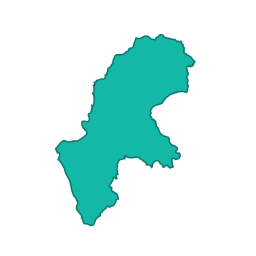 Pasaman, Sumatera Barat, Indonesia, rotated 224°
{"feature_id": "22746128B82897046958257", "entity_name": "Pasaman", "entity_type": "district", "adm_level": 2, "iso_a3": "IDN", "parent_name": "Indonesia", "parent_adm1": "Sumatera Barat", "projection": "mercator", "projection_center": [100.034, 0.4], "detail": "fine", "context": "isolated", "style": "filled", "palette": "teal", "viewbox_px": 256, "rotation_deg": 224, "n_neighbors": 0, "source": "geoboundaries", "source_scale": "gbopen_adm2", "svg_char_len": 5880}
<svg xmlns="http://www.w3.org/2000/svg" viewBox="0 0 256 256"><g transform="rotate(224 128 128)"><path d="M170.4,213.0L170.5,212.4L169.8,211.3L169.5,210.6L169.9,210.0L171.3,209.6L172.3,208.4L172.9,208.1L175.6,208.1L176.5,207.9L177.7,207.5L179.0,206.6L180.1,205.1L181.3,200.8L182.8,199.4L184.2,198.8L184.7,197.8L183.3,195.9L182.7,193.7L180.8,190.3L180.4,189.0L182.2,186.2L182.1,185.2L181.4,184.4L181.4,183.8L181.4,183.0L182.1,182.1L182.2,181.4L182.1,179.5L182.8,177.8L182.9,176.9L183.1,176.6L183.6,176.4L185.2,174.5L186.0,173.9L187.0,172.8L187.4,171.8L187.4,170.9L185.6,166.1L184.5,165.0L183.8,163.3L183.7,161.7L183.1,160.3L183.6,156.8L182.2,154.7L181.1,152.6L180.4,152.5L181.0,150.6L181.2,150.2L180.4,149.9L179.1,147.5L179.3,146.4L181.3,144.6L183.0,141.1L183.6,140.5L183.6,140.1L182.9,139.3L182.8,139.0L183.7,137.9L183.9,137.3L182.6,136.8L182.1,136.3L181.9,135.6L182.5,135.0L182.4,134.5L181.2,134.3L180.8,133.6L180.0,133.0L179.6,132.3L178.8,131.9L177.9,131.0L177.6,130.4L177.5,128.6L176.3,127.9L175.9,127.9L175.3,128.3L174.8,127.3L174.4,126.9L173.8,126.8L173.1,126.1L169.3,121.7L168.9,121.0L168.6,119.8L168.8,119.2L169.6,119.2L167.6,117.1L167.2,116.4L166.8,115.4L166.4,115.1L166.2,114.5L165.4,113.7L165.2,113.3L165.1,112.6L165.3,112.3L165.5,112.5L165.6,112.3L165.7,111.8L166.1,111.2L166.0,110.2L165.2,109.5L163.7,108.9L162.9,108.2L162.0,107.9L161.1,106.2L160.9,105.3L161.0,104.4L161.9,104.0L163.6,103.0L165.2,101.5L165.3,100.5L164.6,99.5L162.6,97.8L160.9,97.1L159.6,96.9L158.7,97.1L157.8,96.7L157.4,97.1L156.8,97.1L156.2,96.7L154.7,96.5L153.9,95.6L153.2,94.0L153.6,90.9L154.1,88.9L154.6,85.6L155.2,83.7L156.4,82.4L157.0,82.0L157.8,80.9L158.1,80.9L158.1,80.4L158.4,80.4L160.9,76.5L165.2,74.6L165.8,73.4L166.2,70.5L165.6,64.4L165.6,62.9L164.1,62.1L162.5,61.8L161.5,61.0L161.2,61.2L160.4,62.4L160.0,62.4L159.2,61.9L157.9,60.6L156.5,56.9L151.9,56.7L145.3,54.6L142.1,52.5L133.3,49.6L130.9,48.2L125.5,44.4L120.7,41.9L119.1,41.3L118.6,41.6L118.0,41.7L116.4,41.1L115.2,40.9L114.1,40.0L113.5,40.3L112.4,39.9L111.1,38.1L111.1,37.1L110.8,36.3L109.3,34.3L107.2,33.6L101.1,32.8L99.3,32.0L99.3,31.6L98.9,31.0L97.7,30.9L95.6,29.9L95.1,29.3L93.6,28.8L92.4,29.1L90.8,30.9L89.8,30.9L89.2,31.3L87.6,31.6L86.3,32.8L85.7,34.1L85.6,34.6L86.1,35.9L87.7,39.8L87.7,43.1L87.0,45.7L87.1,45.9L88.0,46.5L88.4,47.0L88.6,48.3L88.2,50.3L88.8,51.5L88.6,52.5L88.1,53.7L88.4,54.5L88.2,55.2L88.7,55.9L88.5,57.2L88.1,57.7L86.4,58.1L86.2,58.5L86.3,59.3L85.6,60.7L84.7,61.6L84.6,62.3L85.4,66.2L86.5,67.6L86.3,69.1L85.7,70.1L88.8,72.3L90.0,72.7L91.2,72.6L92.8,72.2L96.3,71.6L97.0,71.9L97.8,73.4L98.4,73.9L98.7,73.9L100.1,73.1L100.8,73.1L101.4,73.3L101.5,73.6L101.8,76.4L102.4,78.2L102.3,79.2L103.2,80.4L103.4,81.3L104.1,82.5L104.1,82.8L101.1,83.2L100.9,83.7L101.1,84.0L102.3,84.7L103.7,85.9L103.2,87.4L103.2,87.8L104.5,88.1L104.8,88.3L104.9,89.1L105.2,89.4L107.1,90.3L108.6,92.2L109.3,93.5L110.9,94.8L111.1,96.6L111.8,97.5L111.9,97.8L111.8,99.5L110.9,100.8L110.2,102.4L109.0,103.7L109.3,104.4L110.8,105.3L111.1,105.8L110.5,105.9L110.0,106.4L108.2,106.5L106.3,107.8L104.6,109.2L104.1,109.9L103.1,110.8L102.6,112.0L100.7,113.8L100.0,114.2L99.1,114.3L97.8,114.2L96.6,114.8L95.7,115.0L94.5,114.6L93.4,115.3L92.0,115.3L91.2,115.6L90.8,115.5L89.3,114.3L86.8,116.5L83.6,116.2L83.8,117.0L85.4,119.4L85.6,120.0L85.6,122.5L84.6,124.7L83.9,125.2L82.6,125.4L80.2,124.8L79.6,124.9L79.1,125.4L78.6,125.6L76.6,124.5L75.4,124.3L75.1,124.4L75.0,124.9L75.0,126.4L74.8,127.4L74.6,127.7L73.7,128.2L71.3,128.3L69.9,128.5L69.4,130.0L68.6,130.8L68.6,131.5L69.2,131.9L69.9,132.1L72.2,133.8L73.4,134.4L73.7,134.6L73.8,135.3L74.4,135.8L75.1,136.1L74.8,137.2L74.3,137.9L71.9,138.5L71.6,138.7L71.0,140.1L70.6,140.5L70.3,141.3L70.8,143.6L71.1,144.2L72.1,144.9L73.4,145.6L73.9,145.4L75.3,144.0L76.1,143.5L77.1,143.5L77.4,143.9L77.6,146.3L77.8,147.2L78.7,147.9L81.7,147.6L83.9,146.7L84.5,146.0L85.4,146.3L86.1,146.2L89.0,147.0L90.0,147.9L90.4,148.7L91.3,149.1L92.7,149.2L93.9,148.5L95.1,148.1L95.4,147.7L97.9,146.7L101.8,146.7L102.9,147.4L104.6,147.8L104.8,148.1L105.6,148.3L105.7,148.8L106.5,148.9L107.5,148.8L108.0,149.1L109.2,149.1L110.0,150.1L110.9,150.1L110.8,150.4L111.5,150.5L111.6,151.0L112.4,151.2L112.5,151.9L114.7,151.8L115.1,152.0L116.3,151.0L116.8,150.9L117.2,151.4L118.4,152.0L121.2,152.4L121.2,153.0L121.6,153.9L121.7,154.9L122.2,155.0L123.0,155.4L123.4,155.9L124.0,156.0L124.6,158.4L124.7,160.1L124.5,161.9L123.6,164.2L121.4,167.8L120.8,169.5L121.1,171.7L121.5,173.0L121.4,174.3L121.9,175.8L121.9,176.4L121.3,177.9L121.1,180.6L120.8,181.4L120.0,183.5L119.2,184.4L118.7,186.2L118.4,186.8L118.0,186.8L117.9,187.3L117.6,187.4L117.4,188.7L117.6,188.8L117.0,189.1L116.1,189.8L115.2,191.1L115.1,191.6L113.8,192.3L112.2,193.5L110.8,194.0L110.7,194.5L111.2,196.2L112.2,197.1L112.3,197.6L113.0,198.4L114.0,200.3L114.9,200.3L115.5,200.7L116.8,202.2L117.9,203.8L118.3,204.2L119.3,204.7L120.0,204.7L120.8,204.9L121.7,206.6L121.7,207.6L122.7,209.1L123.0,209.3L123.7,209.2L125.8,210.9L126.6,211.0L126.9,211.6L127.6,211.9L128.0,212.5L128.1,213.0L127.8,213.7L127.9,214.7L127.2,214.4L126.2,215.5L126.0,215.2L125.7,215.3L125.6,215.5L125.9,216.1L125.4,216.2L125.3,216.9L124.7,217.5L124.9,218.5L125.3,218.0L125.8,218.6L125.9,219.1L125.3,219.4L125.4,220.2L126.0,221.5L125.9,221.8L126.0,222.1L126.4,222.0L127.2,222.4L128.6,222.0L130.0,222.3L130.7,222.6L132.6,222.7L133.6,222.5L134.4,222.0L135.5,222.0L136.4,221.4L137.2,221.7L137.7,221.8L138.4,221.5L138.9,221.0L139.6,221.0L141.0,221.7L141.0,222.3L141.3,222.7L142.5,223.1L142.7,224.5L142.8,224.6L143.5,224.8L145.0,224.6L146.2,226.2L147.3,226.0L148.1,226.1L149.4,227.0L150.0,227.2L150.4,226.5L151.2,225.7L152.0,225.3L153.1,224.2L153.8,224.1L155.4,224.4L155.6,224.0L160.1,221.3L160.7,220.8L161.2,220.7L162.4,219.8L165.0,218.4L165.5,218.4L166.4,218.9L167.5,219.0L167.8,218.8L168.2,218.4L169.2,217.8L169.6,217.4L169.8,216.7L169.7,214.3L170.4,213.0Z" fill="#14b8a6" stroke="#0f766e" stroke-width="1.5"/></g></svg>